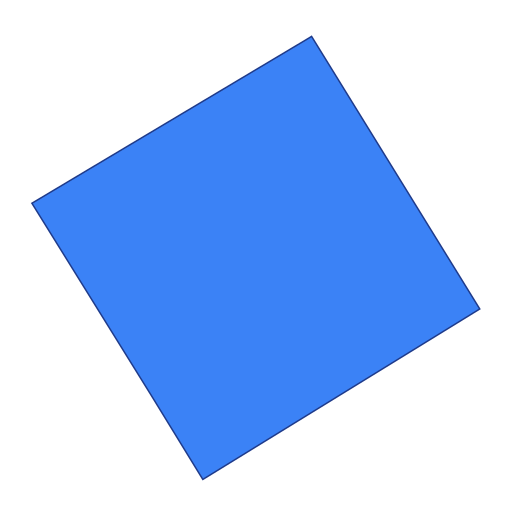 Mitchell, Texas, United States of America (orthographic projection), rotated 58°
{"feature_id": "52423323B74678572937686", "entity_name": "Mitchell", "entity_type": "district", "adm_level": 2, "iso_a3": "USA", "parent_name": "United States of America", "parent_adm1": "Texas", "projection": "orthographic", "projection_center": [-100.906, 32.307], "detail": "fine", "context": "isolated", "style": "filled", "palette": "blue", "viewbox_px": 512, "rotation_deg": 58, "n_neighbors": 0, "source": "geoboundaries", "source_scale": "gbopen_adm2", "svg_char_len": 247}
<svg xmlns="http://www.w3.org/2000/svg" viewBox="0 0 512 512"><g transform="rotate(58 256 256)"><path d="M419.5,94.3L99.2,92.5L99.2,95.2L92.5,418.1L319.4,418.7L417.3,419.5L419.5,94.3Z" fill="#3b82f6" stroke="#1e3a8a" stroke-width="1.5"/></g></svg>